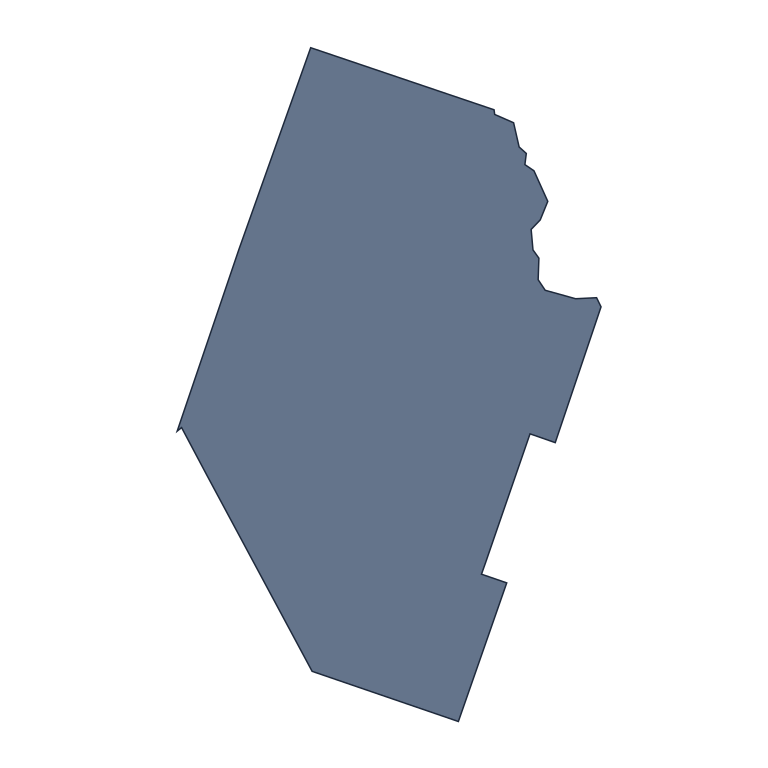 outline of Ada, Idaho, United States of America, rotated 199°
{"feature_id": "52423323B70404616629073", "entity_name": "Ada", "entity_type": "district", "adm_level": 2, "iso_a3": "USA", "parent_name": "United States of America", "parent_adm1": "Idaho", "projection": "natural_earth1", "projection_center": [-116.34, 43.46], "detail": "fine", "context": "isolated", "style": "filled", "palette": "slate", "viewbox_px": 768, "rotation_deg": 199, "n_neighbors": 0, "source": "geoboundaries", "source_scale": "gbopen_adm2", "svg_char_len": 553}
<svg xmlns="http://www.w3.org/2000/svg" viewBox="0 0 768 768"><g transform="rotate(199 384 384)"><path d="M203.9,527.6L211.1,534.8L230.6,527.0L262.1,525.1L272.2,532.8L278.5,553.4L286.8,559.3L295.2,578.1L289.7,590.0L288.6,610.0L311.6,634.4L322.2,637.3L324.5,648.3L333.4,652.1L346.5,673.2L367.1,674.9L369.2,679.1L562.8,678.1L565.0,464.4L564.2,272.1L561.2,276.9L521.8,240.1L370.9,100.5L358.4,88.9L203.8,89.1L203.2,235.9L229.9,235.9L229.8,248.4L229.8,285.4L229.7,384.4L203.0,384.3L203.9,527.6Z" fill="#64748b" stroke="#1e293b" stroke-width="1.5"/></g></svg>